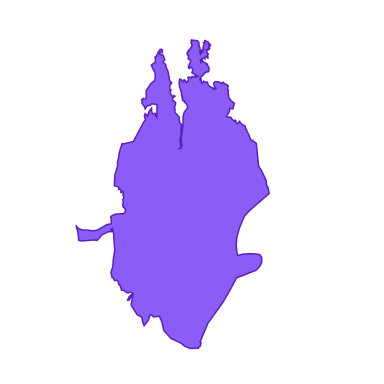 the district of Råde nor, Østfold, Norway, rotated 114°
{"feature_id": "86288312B77346500929668", "entity_name": "Råde nor", "entity_type": "district", "adm_level": 2, "iso_a3": "NOR", "parent_name": "Norway", "parent_adm1": "Østfold", "projection": "robinson", "projection_center": [10.836, 59.347], "detail": "fine", "context": "isolated", "style": "filled", "palette": "violet", "viewbox_px": 384, "rotation_deg": 114, "n_neighbors": 0, "source": "geoboundaries", "source_scale": "gbopen_adm2", "svg_char_len": 5936}
<svg xmlns="http://www.w3.org/2000/svg" viewBox="0 0 384 384"><g transform="rotate(114 192 192)"><path d="M91.4,196.4L85.4,199.9L84.3,200.1L83.2,201.6L80.3,202.1L79.6,204.7L80.2,206.2L79.1,207.8L79.3,208.6L80.6,208.7L81.0,209.6L80.6,210.3L80.5,212.2L81.8,215.8L83.3,216.4L84.4,216.3L87.4,213.3L87.7,212.4L88.3,213.4L89.3,213.6L88.5,214.6L89.0,214.7L88.4,216.2L88.5,218.4L87.2,221.2L85.5,222.6L85.4,223.1L86.4,225.2L86.0,226.4L88.4,226.8L88.7,227.0L88.3,227.4L88.4,227.8L85.3,229.6L86.5,230.0L86.4,230.5L83.7,231.0L82.0,229.9L78.0,228.6L76.3,227.6L75.7,226.1L74.6,225.8L74.4,226.3L72.5,226.5L71.4,227.2L69.9,229.4L68.9,229.9L69.5,230.8L68.6,232.0L68.3,232.9L68.7,233.4L68.5,234.3L67.5,236.0L70.2,236.5L68.6,237.9L68.1,237.4L67.1,237.8L67.0,236.9L65.6,236.9L64.9,235.4L65.1,234.3L63.7,235.1L62.8,234.6L62.4,233.9L63.3,232.3L63.2,231.9L61.8,232.6L61.4,233.4L59.5,233.2L59.7,233.5L58.1,235.3L57.1,235.7L56.3,236.9L55.4,236.3L55.7,235.2L54.6,234.3L53.9,234.3L54.1,234.8L53.4,235.4L52.5,235.0L52.2,235.8L51.2,235.4L50.8,234.7L50.4,234.8L50.6,235.4L51.6,235.8L50.0,236.6L49.5,236.2L49.4,236.5L50.0,236.7L49.8,237.4L48.3,238.4L48.5,240.9L48.2,241.6L48.5,242.0L49.2,241.4L50.5,241.5L51.4,241.0L50.6,242.0L51.0,242.3L51.8,241.0L54.9,240.9L57.0,239.3L57.4,239.4L56.9,240.2L58.0,240.3L59.1,239.1L60.2,239.5L59.9,241.1L58.8,241.1L59.6,241.7L61.7,240.0L62.2,240.3L61.3,240.9L62.5,240.5L62.0,241.3L56.9,243.4L56.4,244.5L52.6,246.6L51.6,248.7L52.6,251.9L53.4,252.5L53.0,253.7L53.2,254.3L53.9,254.5L55.0,253.5L56.2,253.6L57.5,251.8L59.0,251.5L61.5,251.9L62.2,252.4L61.9,252.1L62.4,251.9L63.6,252.7L65.2,252.2L65.6,252.5L65.3,252.8L66.6,253.0L68.4,252.3L68.9,251.5L68.6,250.8L71.9,249.6L71.8,248.8L72.6,248.5L71.7,248.4L71.6,247.9L72.4,246.8L74.5,246.2L76.5,246.5L77.6,245.8L78.4,246.4L80.3,245.4L80.3,244.7L78.3,243.8L78.6,242.6L80.5,240.8L82.6,240.7L82.2,240.4L83.5,239.2L83.3,236.7L84.1,236.1L83.6,233.8L84.8,234.3L85.1,235.0L84.9,236.5L85.7,236.4L86.7,238.1L86.0,239.7L86.9,238.3L88.2,239.3L88.2,241.6L89.1,242.2L88.8,242.5L89.1,242.4L89.6,241.6L91.9,240.4L92.4,241.1L94.4,241.4L92.7,244.1L92.7,245.0L92.1,245.2L94.4,244.5L95.0,245.2L93.8,247.5L93.6,248.8L93.9,249.1L94.4,248.3L95.0,248.8L97.2,248.3L100.9,246.2L105.3,242.3L108.4,240.5L108.4,239.7L109.0,239.4L108.7,239.1L109.5,239.5L111.9,238.0L112.2,237.6L111.8,236.6L112.1,236.3L111.9,235.9L113.0,235.5L113.5,233.3L115.6,230.9L117.4,230.2L122.4,231.6L127.4,230.6L132.9,228.0L147.1,223.8L153.7,220.2L156.4,220.2L158.4,221.9L156.2,220.5L154.3,220.5L154.4,221.0L153.3,221.8L149.6,224.0L147.7,224.6L147.2,224.3L139.2,227.5L138.8,227.1L138.9,227.6L133.7,229.5L134.3,229.4L134.4,229.8L133.4,231.6L128.3,234.7L128.5,235.1L127.3,236.9L126.8,239.1L125.7,240.3L123.1,241.2L122.4,242.3L118.5,242.7L116.8,243.5L116.7,244.7L116.1,245.7L116.5,246.5L116.2,247.1L114.2,247.8L111.6,246.7L111.5,245.8L111.4,246.8L113.6,247.7L112.5,248.6L111.9,247.5L111.4,247.8L112.6,248.7L111.2,251.4L108.9,252.8L106.8,252.4L107.8,252.8L107.4,253.8L104.1,255.5L101.0,255.0L101.1,255.6L100.2,255.6L100.5,256.2L98.5,258.4L96.1,259.7L94.7,261.2L93.6,261.3L93.2,262.0L91.0,263.4L89.8,265.3L87.9,266.6L87.2,267.6L86.1,267.9L85.4,271.1L84.3,271.3L82.4,270.6L79.0,273.8L78.5,274.9L79.2,275.8L79.1,277.5L78.7,278.0L78.1,278.1L78.1,277.7L76.4,276.9L76.5,275.9L75.3,276.9L74.3,276.7L74.0,278.1L74.8,279.1L76.7,279.5L78.5,279.0L78.0,279.7L78.2,280.0L79.0,279.1L81.3,280.0L82.8,279.7L83.8,280.7L85.5,279.4L88.3,278.4L92.6,280.8L96.0,277.0L97.7,274.5L102.9,271.9L105.7,271.6L109.4,273.6L118.3,275.1L124.0,272.2L126.2,272.7L126.8,273.9L126.4,274.7L128.5,275.6L129.7,274.1L131.0,274.1L133.8,269.6L135.1,268.6L131.0,267.9L130.8,266.6L129.4,265.1L127.8,264.9L127.2,262.3L126.4,261.3L126.7,259.9L127.1,259.8L127.1,259.1L138.2,254.5L136.8,256.5L135.0,257.2L135.3,258.1L136.6,259.1L136.5,259.9L134.7,261.7L131.9,263.0L135.6,264.1L138.0,263.7L138.6,263.2L139.4,263.9L140.2,263.3L141.0,263.9L140.3,264.5L139.6,266.7L142.4,266.3L144.6,263.9L147.3,264.5L169.7,266.1L175.5,273.5L176.2,275.6L186.4,274.4L188.9,273.4L195.6,272.0L198.0,270.7L208.1,269.3L217.9,265.5L217.3,261.0L217.9,260.4L219.5,260.1L218.5,259.1L219.8,257.5L221.4,256.7L221.0,255.7L219.6,255.5L221.0,253.9L222.7,253.9L224.9,252.0L227.2,252.0L230.3,250.2L231.6,250.3L233.4,249.0L233.2,248.3L233.7,248.5L235.0,245.6L237.7,244.8L239.7,245.9L243.6,253.3L246.7,255.8L247.9,256.1L249.7,254.7L253.9,252.8L256.3,256.4L265.2,262.8L267.9,266.8L269.3,272.0L271.3,276.8L271.5,280.7L270.5,283.3L269.6,284.4L276.1,279.2L282.2,275.9L281.7,273.0L276.2,263.0L274.5,258.8L267.6,256.7L262.5,252.4L260.9,249.3L258.6,250.7L257.5,250.0L262.2,246.5L273.2,240.8L275.7,239.1L286.2,236.3L292.0,234.1L298.5,233.3L302.6,230.3L302.5,229.0L304.5,226.7L303.9,226.4L303.3,225.1L303.5,223.7L306.5,220.9L306.3,220.1L310.4,216.3L309.6,214.6L310.4,211.0L310.2,209.4L308.3,207.2L308.7,204.4L309.4,204.2L309.5,204.9L310.2,205.6L313.0,206.8L317.0,206.9L316.4,205.5L309.6,204.2L320.1,201.6L326.3,192.4L326.8,187.4L327.3,186.6L331.1,184.0L333.6,181.4L326.7,179.7L322.8,180.2L321.0,179.9L320.7,179.0L321.8,176.3L318.8,171.3L322.7,166.8L329.9,161.5L334.4,151.7L334.5,141.1L335.8,135.9L335.7,130.0L332.1,122.6L330.7,122.7L329.5,121.7L325.6,122.6L325.7,123.7L305.5,124.1L280.2,118.9L268.3,117.5L252.4,116.4L237.5,101.7L232.6,99.9L228.3,99.6L224.4,101.1L222.7,102.7L221.7,104.6L222.6,108.2L224.9,114.3L228.1,120.3L231.4,124.4L230.0,125.7L223.2,129.7L215.4,132.6L205.9,134.0L195.4,134.3L191.6,134.0L185.4,131.8L162.0,120.9L157.0,124.4L155.2,126.8L150.9,129.3L143.9,137.6L141.4,141.6L121.5,153.0L120.9,154.8L121.0,156.3L120.6,157.9L120.2,157.9L120.8,158.6L120.4,159.5L115.6,164.5L114.1,166.8L112.8,167.5L113.1,167.8L112.3,169.0L110.8,169.6L109.9,170.6L110.0,173.1L108.7,176.5L108.0,177.2L111.4,178.4L110.1,180.5L109.2,180.7L108.7,181.6L110.1,182.2L108.9,185.7L107.9,187.0L109.3,190.9L108.8,191.3L103.5,190.6L100.2,191.4L99.5,188.5L93.8,189.3L92.5,194.2L91.6,194.7L91.4,196.4Z" fill="#8b5cf6" stroke="#5b21b6" stroke-width="1.5"/></g></svg>